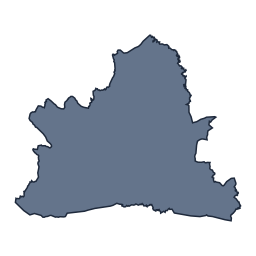 the district of Songololo, Bas-Congo, Democratic Republic of the Congo
{"feature_id": "63176286B29097498682851", "entity_name": "Songololo", "entity_type": "district", "adm_level": 2, "iso_a3": "COD", "parent_name": "Democratic Republic of the Congo", "parent_adm1": "Bas-Congo", "projection": "albers", "projection_center": [14.107, -5.44], "detail": "fine", "context": "isolated", "style": "filled", "palette": "slate", "viewbox_px": 256, "rotation_deg": 0, "n_neighbors": 0, "source": "geoboundaries", "source_scale": "gbopen_adm2", "svg_char_len": 5800}
<svg xmlns="http://www.w3.org/2000/svg" viewBox="0 0 256 256"><path d="M207.1,139.8L206.7,137.7L207.0,136.1L207.6,134.8L207.6,132.5L208.0,130.8L212.4,127.9L208.9,124.8L209.4,121.3L210.6,122.1L212.1,120.0L215.8,117.2L214.8,116.7L206.5,117.2L204.3,118.3L200.8,119.3L196.8,121.7L192.6,122.8L191.1,116.8L189.0,112.3L188.9,105.7L188.1,104.9L186.5,104.5L188.1,103.5L188.9,103.4L188.9,102.9L189.6,101.4L190.4,101.4L190.3,100.5L189.6,99.6L189.6,97.7L190.2,97.1L190.4,96.0L191.1,95.7L191.1,95.3L190.0,94.8L189.8,93.5L189.0,92.3L187.7,91.4L187.6,89.8L186.3,89.8L186.2,88.6L185.2,88.4L185.9,87.0L185.8,86.5L185.0,87.0L184.2,86.8L183.7,84.7L184.1,84.5L184.6,85.6L185.4,85.7L186.0,79.9L185.9,79.4L184.9,78.5L184.9,78.0L186.2,76.4L186.1,76.0L184.8,77.0L184.3,76.7L184.5,76.1L184.1,75.7L183.0,75.8L182.7,74.3L181.7,74.3L181.5,73.9L182.7,72.5L183.5,72.6L184.1,71.9L185.2,71.9L185.5,71.0L186.1,70.4L185.8,69.8L185.1,70.6L184.5,70.5L183.8,69.3L183.7,68.2L183.1,68.2L183.0,68.6L182.0,68.8L181.6,68.5L181.4,68.3L182.2,67.2L181.0,65.9L179.5,65.9L178.3,63.9L177.6,63.4L178.4,62.0L179.7,62.2L180.1,61.5L179.7,60.3L178.6,60.9L178.4,59.8L178.0,59.5L178.0,58.8L178.8,58.8L178.8,57.8L179.5,57.7L179.6,57.1L179.0,55.9L178.4,57.0L177.0,56.2L176.5,55.5L176.6,55.0L177.8,55.0L177.7,54.0L176.8,52.4L176.7,51.6L175.9,51.2L175.7,50.4L174.2,49.8L173.8,50.4L173.2,49.8L171.9,49.7L169.9,48.0L168.8,48.2L168.6,47.6L168.9,46.4L166.9,44.6L164.3,44.9L162.5,44.0L159.7,44.1L159.3,43.6L159.6,42.0L158.5,42.1L157.7,41.5L156.9,42.0L157.1,40.1L155.5,39.1L154.6,40.7L153.1,41.8L152.9,41.1L153.9,40.6L154.5,39.1L153.9,38.1L154.4,37.7L154.3,37.3L153.0,37.2L152.5,36.6L152.0,37.4L151.6,37.4L150.7,35.3L149.8,35.2L143.1,41.3L140.8,44.4L138.4,46.5L134.9,47.9L127.3,52.7L124.2,53.1L123.5,52.9L120.3,50.1L118.1,50.1L117.2,51.5L117.6,53.1L117.0,53.6L114.3,55.2L114.0,54.4L113.0,54.2L112.5,55.0L113.5,58.8L114.2,59.8L113.8,61.6L114.6,62.6L115.1,68.9L114.7,70.1L115.1,70.8L114.0,72.1L114.7,73.6L113.5,76.6L112.6,77.8L110.0,83.4L109.4,85.4L109.7,86.0L108.3,87.4L107.4,87.0L106.8,87.2L105.8,89.5L105.2,89.8L104.7,88.9L102.8,90.2L101.8,90.0L100.0,90.6L99.2,89.9L98.5,90.1L97.9,89.8L97.4,88.8L96.6,89.0L95.9,88.4L95.0,90.4L93.1,91.3L93.3,95.1L94.0,96.5L93.8,99.0L93.5,99.8L92.6,100.3L91.6,98.7L90.9,98.4L91.1,100.0L91.8,101.5L91.5,102.4L90.3,102.7L89.8,103.3L90.1,103.8L90.0,105.0L89.4,106.3L88.7,106.4L88.4,108.2L83.8,107.3L81.2,106.3L77.8,103.3L76.7,100.7L75.7,100.0L74.8,98.2L72.6,96.5L70.9,96.4L69.5,97.6L68.6,98.0L68.2,99.1L67.6,99.2L67.1,100.4L65.0,102.2L64.5,104.5L64.8,107.3L63.7,108.9L61.3,108.8L57.4,107.2L55.4,104.6L54.4,104.1L50.9,100.8L48.1,98.7L46.0,100.1L46.4,101.6L45.4,101.8L44.9,102.5L45.4,103.4L44.9,104.2L45.0,105.1L44.3,107.7L43.6,107.3L42.8,107.4L40.9,106.1L38.3,105.9L36.1,109.7L35.4,111.7L34.5,111.7L33.9,112.1L32.7,111.9L31.1,112.7L30.1,114.0L29.1,118.5L30.1,120.5L32.5,122.5L33.0,124.0L34.6,125.2L35.5,127.1L36.6,127.3L43.2,133.7L45.7,137.1L47.3,141.0L50.4,143.7L51.4,145.1L51.5,146.6L50.2,147.8L49.4,147.8L47.8,146.7L46.1,146.4L45.2,145.7L42.2,145.8L41.6,145.6L41.4,145.1L38.2,145.8L37.4,149.4L34.4,149.2L33.3,148.8L32.9,149.5L33.2,150.6L34.9,152.8L35.6,153.1L36.7,154.4L38.5,155.3L38.7,156.0L38.4,157.2L38.6,159.6L39.1,160.7L38.9,161.6L38.1,162.1L37.9,163.8L39.0,166.8L37.8,172.9L38.5,177.1L35.9,181.4L35.1,181.4L34.4,181.9L33.0,182.0L31.6,180.7L31.3,182.0L30.0,182.0L30.1,182.6L29.1,183.9L28.5,185.4L27.7,186.0L27.4,187.4L24.9,191.2L24.1,191.3L23.8,191.8L24.4,192.6L24.0,193.7L24.2,195.2L23.8,196.5L23.4,196.8L22.5,196.3L21.7,196.8L20.7,196.1L20.3,196.1L19.8,198.1L19.1,198.7L17.2,198.5L16.7,198.7L16.0,198.3L15.4,202.4L23.8,210.6L29.9,214.9L34.4,213.5L41.1,215.4L42.9,217.2L44.4,217.2L45.5,216.6L47.6,216.4L50.1,215.4L51.2,215.4L55.4,217.1L56.5,216.9L58.7,217.2L59.8,216.7L63.9,216.9L65.4,216.5L67.2,213.2L84.6,211.2L88.1,210.1L94.9,208.4L110.4,206.1L113.0,205.3L116.8,203.3L119.6,204.2L122.2,204.4L122.6,204.8L121.9,205.5L122.1,206.1L122.6,206.0L124.0,206.9L125.7,206.7L126.7,205.5L127.7,206.2L128.6,205.7L129.1,206.2L131.6,204.8L133.6,205.1L134.9,204.8L135.5,204.1L136.2,204.1L138.3,205.1L139.4,204.7L140.0,204.2L140.5,204.2L141.0,204.7L142.1,203.6L142.7,204.5L143.2,204.5L143.7,205.8L145.6,205.9L146.2,205.3L146.6,206.4L147.1,206.7L147.3,205.8L148.0,205.9L149.4,205.3L149.8,204.6L150.4,204.5L151.0,205.1L151.7,204.6L153.1,207.7L152.8,208.5L153.5,209.9L154.8,210.4L155.5,211.0L155.9,211.0L156.2,209.8L157.3,209.7L157.5,210.3L158.3,210.5L158.6,209.7L159.1,209.5L159.6,210.7L160.6,211.7L160.7,213.1L163.7,211.3L165.1,212.3L165.6,210.7L165.9,210.5L167.2,210.6L168.3,209.1L169.2,208.4L169.8,209.4L172.0,209.2L174.3,213.0L190.8,215.9L199.9,216.6L205.9,215.5L206.6,214.9L208.0,216.0L212.4,216.5L224.9,219.7L231.1,220.8L231.4,218.0L230.6,216.2L231.0,214.9L232.0,214.4L232.3,213.6L233.1,213.3L235.2,210.8L235.8,209.2L236.8,209.3L237.5,208.3L238.0,208.9L238.6,207.9L239.4,208.5L240.1,208.1L239.7,207.2L239.9,206.5L240.6,206.0L240.5,205.5L239.8,205.0L239.9,204.6L239.4,203.8L239.0,202.1L238.5,202.1L236.0,198.7L234.1,197.3L234.7,196.2L236.2,195.1L237.1,195.5L237.5,195.1L237.4,193.8L238.1,193.4L238.3,193.0L238.1,192.4L237.2,192.5L236.4,190.4L236.0,191.0L235.5,191.0L235.3,190.3L235.7,189.6L235.0,187.5L234.2,186.9L235.8,184.4L235.9,183.2L234.2,178.1L231.2,178.4L226.7,181.6L224.0,185.3L223.2,185.8L222.2,185.6L219.6,182.7L216.3,182.1L215.3,181.5L214.6,182.0L214.1,181.9L213.4,179.8L213.7,178.0L212.3,177.5L212.1,177.0L212.9,176.3L212.9,175.5L214.5,174.5L214.8,173.9L214.7,173.1L213.3,172.2L212.4,170.1L211.3,169.9L210.0,168.9L209.7,168.1L210.1,166.8L209.5,163.8L210.0,162.5L207.2,162.4L206.0,162.8L205.1,162.7L204.1,161.8L201.4,162.3L197.9,162.2L195.2,161.0L195.2,158.7L194.7,156.6L195.1,154.8L195.9,153.3L196.6,145.0L197.5,141.2L199.7,139.7L201.6,139.0L203.0,139.0L207.1,139.8Z" fill="#64748b" stroke="#1e293b" stroke-width="1.5"/></svg>